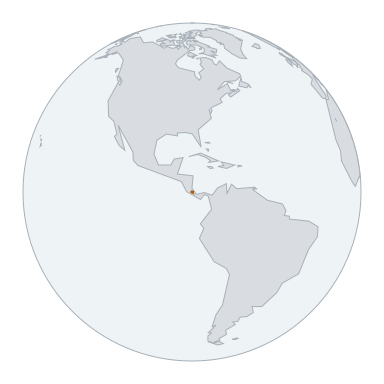 Cartago highlighted on a globe, orthographic projection
{"feature_id": "CRI-1327", "entity_name": "Cartago", "entity_type": "Province", "adm_level": 1, "iso_a3": "CRI", "parent_name": "Costa Rica", "parent_adm1": "", "projection": "orthographic", "projection_center": [-83.788, 9.802], "detail": "fine", "context": "on_globe", "style": "filled", "palette": "amber", "viewbox_px": 384, "rotation_deg": 0, "n_neighbors": 0, "source": "natural_earth", "source_scale": "10m", "svg_char_len": 8083}
<svg xmlns="http://www.w3.org/2000/svg" viewBox="0 0 384 384"><circle cx="192" cy="192" r="169" fill="#eef3f6" stroke="#a8b0b8"/><path d="M208.3,196.2L204.3,194.5L200.5,199.6L186.6,191.6L181.4,181.6L137.9,165.5L133.3,160.3L133.0,152.1L118.1,125.2L124.8,150.3L119.0,145.3L114.4,136.3L117.0,134.2L113.8,121.3L108.6,116.4L108.1,100.9L118.2,82.4L119.9,85.3L122.2,81.0L120.2,77.3L118.3,76.1L123.4,60.3L118.5,52.8L111.7,54.6L117.4,51.4L100.9,58.2L94.9,59.2L104.9,55.7L108.5,53.7L106.0,52.8L109.1,50.6L109.7,49.2L113.7,46.8L119.2,45.5L121.9,44.1L120.0,43.7L122.7,41.5L125.1,42.2L130.2,38.5L140.4,37.0L143.6,42.9L152.5,41.9L164.4,48.3L166.6,46.5L172.5,48.4L177.2,47.2L178.1,49.3L181.1,46.6L179.4,45.0L180.1,43.4L182.7,42.7L184.3,45.0L183.2,45.7L185.0,46.1L184.7,47.6L186.3,46.4L187.9,49.6L190.2,45.6L194.8,47.4L194.8,49.8L189.7,50.7L177.1,60.3L175.5,63.9L178.4,67.7L194.6,71.8L194.9,75.7L199.2,80.2L201.3,77.2L198.7,72.8L203.8,68.8L200.0,64.4L201.5,62.4L199.8,57.9L205.5,57.5L212.1,59.8L213.8,63.7L216.7,65.0L219.5,60.8L227.1,68.2L239.5,73.7L240.8,76.1L235.5,80.8L224.3,81.6L217.4,89.8L227.4,83.7L230.7,90.5L233.5,91.6L236.6,91.0L237.5,88.2L239.8,90.7L230.7,97.1L228.5,94.9L231.4,92.8L226.2,93.4L220.1,98.7L222.2,102.3L210.7,108.1L212.1,110.9L210.4,114.0L209.0,109.0L211.3,118.4L198.2,129.7L201.1,147.1L192.2,133.8L185.4,132.5L177.2,133.1L177.6,135.9L166.4,134.1L156.8,140.3L154.0,154.2L158.4,164.9L170.8,165.1L174.2,159.0L183.1,157.6L177.4,174.0L193.1,175.9L191.9,188.2L196.6,194.4L204.2,192.5L212.2,195.2L217.6,187.9L226.4,183.6L227.0,193.5L231.5,184.2L236.7,188.7L253.9,187.3L252.7,189.6L267.3,200.2L282.5,204.0L286.0,210.8L284.2,215.5L289.3,216.2L289.4,219.1L308.8,221.1L318.1,226.8L317.3,236.8L308.6,249.4L298.6,273.8L282.4,283.1L276.8,292.6L261.7,306.6L252.1,306.5L253.3,312.5L246.8,316.6L240.1,317.2L237.8,321.5L232.8,321.9L235.2,324.5L225.6,330.2L226.5,334.3L219.0,338.5L219.8,340.7L217.6,340.8L214.8,341.7L214.1,343.0L207.9,341.1L207.9,335.8L211.4,333.0L208.4,332.6L216.0,325.1L212.2,326.7L215.8,315.1L222.5,305.0L229.5,274.6L226.4,268.5L214.1,261.7L199.4,238.4L203.8,228.4L200.4,223.8L211.6,209.3L208.3,196.2ZM40.1,146.5L41.2,142.6L41.4,145.2L40.1,146.5ZM41.3,140.2L41.0,141.5L41.1,140.4L41.3,140.2ZM41.0,139.4L41.2,140.0L40.8,139.7L41.0,139.4ZM40.4,138.7L40.8,138.9L40.7,139.0L40.4,138.7ZM200.6,153.1L218.5,160.9L208.7,162.4L210.5,160.7L205.9,157.4L197.4,154.5L188.8,156.6L200.6,153.1ZM40.1,136.5L40.1,135.9L40.5,135.7L40.1,136.5ZM207.7,143.1L204.6,142.5L207.6,142.4L207.7,143.1ZM117.0,76.0L119.8,77.6L120.5,81.9L117.8,80.8L117.0,76.0ZM116.3,68.6L118.5,68.4L115.7,72.4L115.3,71.3L116.3,68.6ZM106.1,56.7L107.8,57.1L105.1,57.5L106.1,56.7ZM109.1,49.4L107.6,50.1L108.6,49.1L109.1,49.4ZM196.7,58.4L198.2,58.2L197.8,59.1L196.7,58.4ZM194.6,56.9L193.0,58.2L191.7,57.7L192.7,56.9L194.6,56.9ZM115.4,44.7L117.4,43.1L116.4,44.4L115.4,44.7ZM196.8,55.4L189.7,56.6L187.5,55.7L189.5,52.0L196.8,55.4ZM119.2,42.0L123.8,38.8L121.0,39.8L131.7,35.5L124.2,39.4L123.4,40.7L121.8,40.8L119.2,42.0ZM177.7,44.9L179.6,46.5L175.6,45.9L177.7,44.9ZM174.9,44.9L161.5,46.2L160.0,43.8L164.8,43.7L160.9,41.5L166.7,39.6L170.2,40.4L170.0,42.2L172.4,40.2L174.9,44.9ZM136.9,33.9L138.9,33.1L137.9,33.7L136.9,33.9ZM180.1,42.8L177.5,43.1L176.0,41.0L180.9,40.0L179.8,40.9L180.1,42.8ZM157.0,42.0L156.7,40.4L161.4,38.4L161.9,37.6L166.7,39.3L157.0,42.0ZM181.5,41.1L183.4,39.6L186.5,40.0L182.5,42.4L181.5,41.1ZM173.6,40.9L173.1,39.9L174.9,40.1L173.6,40.9ZM198.5,41.3L195.5,41.4L194.4,40.3L198.5,41.3ZM183.9,39.0L182.8,38.9L182.1,38.5L184.0,37.7L183.9,39.0ZM169.7,38.0L171.7,37.6L167.9,37.1L171.3,35.8L173.9,37.4L174.2,36.2L175.2,35.8L176.2,37.5L169.7,38.0ZM183.6,35.9L188.0,37.8L193.9,37.7L195.0,38.7L185.4,38.7L183.6,35.9ZM179.2,36.7L182.1,36.3L182.0,37.5L179.9,38.5L179.2,36.7ZM172.6,34.6L166.8,36.1L166.4,35.7L172.6,34.6ZM185.3,35.6L184.2,35.2L185.8,35.4L185.3,35.6ZM176.6,34.5L174.6,35.0L174.2,34.6L176.6,34.5ZM183.6,34.0L185.1,34.5L183.7,35.1L183.6,34.0ZM180.4,34.0L180.4,33.4L182.3,35.0L179.6,34.3L180.4,34.0ZM176.5,34.0L175.7,34.0L177.4,33.9L176.5,34.0ZM188.2,31.8L190.9,33.7L187.8,34.8L185.5,32.7L188.2,31.8ZM217.7,345.0L208.2,341.8L213.8,343.3L218.8,341.2L223.4,343.6L217.7,345.0ZM232.1,339.3L237.2,337.9L238.1,338.5L234.8,339.6L232.1,339.3ZM311.5,72.6L309.1,70.3L312.6,73.9L315.2,76.4L319.0,80.5L312.7,74.6L315.2,79.4L326.1,95.9L326.0,98.9L322.5,98.1L311.0,84.1L312.4,79.0L308.4,74.8L301.6,70.5L302.6,69.6L300.0,67.5L299.9,65.8L293.4,59.3L292.4,57.5L283.7,51.6L281.9,50.1L287.6,53.9L291.0,55.9L287.6,52.7L286.5,51.9L299.5,61.7L311.5,72.6ZM281.4,48.6L279.7,47.6L281.4,48.6ZM271.1,42.7L271.8,43.1L265.5,40.0L259.2,37.0L257.5,36.3L267.8,41.3L271.6,43.3L274.2,44.6L284.9,51.1L287.4,53.1L277.6,47.5L280.1,50.1L271.4,45.3L248.8,33.5L242.5,30.9L243.7,31.1L257.7,36.3L271.1,42.7ZM146.0,29.4L142.8,30.4L138.3,31.8L133.2,33.9L133.7,33.8L136.6,32.8L131.7,35.5L121.0,39.8L120.4,39.7L114.1,43.0L113.7,42.5L110.5,44.0L111.1,43.6L122.4,38.1L134.0,33.3L146.0,29.4ZM360.4,178.6L360.5,179.8L359.9,174.8L359.6,175.6L355.3,186.4L351.6,180.9L341.5,160.9L340.5,150.7L336.1,140.4L326.0,99.6L328.6,99.5L326.1,89.7L326.6,90.1L332.1,97.7L332.9,98.8L339.3,109.2L344.8,120.0L349.6,131.2L353.6,142.7L356.8,154.5L359.0,166.5L360.4,178.6ZM335.0,118.2L336.6,121.2L336.6,121.3L335.0,118.2ZM254.5,187.1L256.6,188.9L253.9,189.1L254.5,187.1ZM207.6,166.5L211.2,166.5L213.2,168.0L210.4,168.6L207.6,166.5ZM238.0,165.2L242.1,165.9L237.9,166.9L238.0,165.2ZM221.2,161.9L234.7,165.1L226.6,168.4L218.0,166.5L223.8,165.4L221.2,161.9ZM206.4,148.8L208.8,149.4L208.2,151.2L206.4,148.8ZM209.9,143.0L209.0,143.2L207.7,141.8L209.9,143.0ZM231.2,90.1L232.0,89.7L235.2,89.7L233.9,91.0L231.2,90.1ZM248.0,83.8L251.2,87.9L248.0,85.6L246.9,87.8L238.7,86.0L241.1,77.2L241.5,81.3L248.0,83.8ZM228.5,82.0L233.4,83.6L227.9,82.2L228.5,82.0ZM285.8,59.3L287.9,59.8L291.0,62.4L292.3,66.1L287.8,62.2L285.8,59.3ZM290.1,60.0L280.0,54.3L278.8,52.2L281.2,54.3L281.4,53.5L285.3,56.6L294.0,60.9L297.3,63.6L297.9,68.0L295.9,64.8L294.0,64.3L290.1,60.0ZM256.5,47.7L252.1,46.4L255.1,43.4L258.9,45.1L260.4,48.4L256.9,48.5L256.5,47.7ZM201.7,49.2L199.8,49.7L199.4,49.0L200.6,47.9L201.7,49.2ZM197.2,41.5L209.4,46.2L207.9,46.9L216.8,49.4L216.3,52.5L210.5,50.7L216.8,55.3L211.4,55.0L216.1,58.0L203.2,53.7L198.6,53.9L204.0,52.3L204.6,49.3L203.5,48.1L196.8,45.1L187.2,44.8L186.2,42.2L188.1,40.5L190.3,40.1L190.2,41.8L193.2,40.2L194.8,42.4L197.2,41.5ZM211.0,28.5L210.0,29.5L216.3,28.8L217.9,30.1L218.5,30.0L221.6,31.2L226.6,32.5L226.5,33.1L228.5,33.4L230.6,34.4L233.2,35.1L234.1,36.6L237.4,37.7L236.0,37.9L241.4,39.4L237.8,39.0L240.2,40.6L242.4,40.1L240.7,49.1L242.8,54.0L246.6,58.6L239.8,58.0L231.9,53.7L224.6,48.2L223.5,43.9L220.6,44.7L219.3,43.0L222.1,43.1L216.9,42.0L216.6,40.7L210.0,37.3L202.7,37.1L200.1,36.1L202.8,35.5L198.4,35.0L201.6,33.4L199.9,32.7L201.3,30.8L207.5,30.5L205.1,29.8L206.0,28.6L211.0,28.5ZM188.8,31.2L195.8,30.0L200.1,30.3L195.8,33.7L196.9,34.5L194.3,37.2L188.1,36.8L189.4,36.0L189.2,35.2L191.2,35.6L189.5,34.7L191.3,33.7L190.4,32.8L192.9,32.6L188.8,31.2ZM325.0,87.8L324.1,86.7L323.9,86.4L325.0,87.8ZM319.5,82.1L318.9,81.2L322.7,85.5L322.9,86.0L319.5,82.1ZM315.4,77.3L318.6,80.8L317.0,79.2L315.4,77.3ZM286.7,53.0L285.7,52.1L286.8,52.8L288.9,54.3L286.7,53.0ZM229.9,28.7L228.6,28.7L227.5,28.4L222.3,27.8L220.7,27.1L223.2,27.1L229.9,28.7ZM227.3,27.7L225.3,27.5L225.7,27.3L227.3,27.7ZM219.2,26.6L219.2,26.2L219.9,26.9L219.2,26.6ZM194.1,23.1L194.5,23.1L192.1,23.1L190.5,23.0L194.1,23.1ZM211.2,24.4L214.0,24.7L213.6,24.8L211.2,24.4ZM137.7,33.3L138.7,33.1L136.9,33.7L137.7,33.3ZM156.2,26.9L158.9,26.3L156.6,26.8L156.2,26.9ZM161.1,25.9L160.3,26.0L160.7,26.0L161.1,25.9Z" fill="#d9dde1" stroke="#a8b0b8" stroke-width="1"/><path d="M191.6,191.6L191.8,191.5L191.8,191.4L191.7,191.3L191.7,191.2L191.9,191.2L192.0,191.2L192.2,191.3L192.5,191.5L193.0,191.5L193.3,191.5L193.3,191.8L193.2,192.1L193.0,192.4L192.8,192.6L192.8,192.8L192.9,193.0L192.6,192.8L192.4,192.7L192.4,192.8L192.2,192.8L192.2,192.7L191.9,192.6L191.8,192.4L191.7,192.4L191.5,192.2L191.4,192.2L191.2,192.1L191.3,192.0L191.3,191.9L191.3,191.7L191.5,191.6L191.6,191.6Z" fill="#f59e0b" stroke="#b45309" stroke-width="1.5"/></svg>